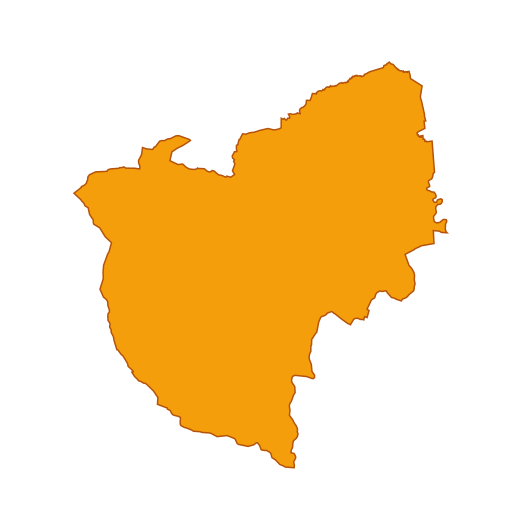 Ditrau, Harghita, Romania (orthographic projection), rotated 186°
{"feature_id": "2599482B10116484891151", "entity_name": "Ditrau", "entity_type": "district", "adm_level": 2, "iso_a3": "ROU", "parent_name": "Romania", "parent_adm1": "Harghita", "projection": "orthographic", "projection_center": [25.527, 46.847], "detail": "fine", "context": "isolated", "style": "filled", "palette": "amber", "viewbox_px": 512, "rotation_deg": 186, "n_neighbors": 0, "source": "geoboundaries", "source_scale": "gbopen_adm2", "svg_char_len": 6036}
<svg xmlns="http://www.w3.org/2000/svg" viewBox="0 0 512 512"><g transform="rotate(186 256 256)"><path d="M394.5,329.8L396.9,330.8L398.5,329.9L400.7,329.7L401.6,328.9L409.7,327.4L412.1,326.4L413.2,324.6L424.3,322.9L430.1,319.4L431.4,317.2L431.5,313.6L431.9,312.8L432.3,310.6L434.2,308.4L436.3,307.1L437.1,306.3L437.0,305.8L443.6,299.4L435.9,293.6L435.4,292.8L432.5,290.3L431.6,288.4L430.6,287.6L428.0,286.5L425.8,279.9L423.0,276.4L421.8,275.4L421.2,271.8L420.7,270.7L414.4,267.7L407.9,259.3L401.1,254.1L402.6,244.9L403.7,242.5L406.6,230.9L406.4,223.8L405.5,217.5L407.7,206.7L403.4,199.2L400.3,197.1L398.8,195.2L398.1,191.3L396.0,186.5L396.2,184.3L397.0,183.5L397.1,182.6L397.1,180.0L396.6,178.3L396.6,176.8L394.0,173.4L394.2,170.7L394.0,169.7L392.4,167.7L392.0,164.8L389.5,161.1L388.3,157.1L384.6,148.3L383.6,148.3L379.9,144.1L377.7,142.6L373.0,136.3L372.2,135.0L371.9,133.4L371.1,132.5L366.4,128.9L366.0,128.1L367.4,127.5L364.0,123.3L361.2,121.2L359.8,119.7L356.9,119.0L354.6,117.8L353.0,117.8L351.5,117.1L343.9,111.1L338.8,105.0L338.5,98.2L328.3,95.5L328.1,94.5L325.0,93.2L323.6,90.8L322.4,89.6L320.7,89.0L316.3,88.4L314.2,87.5L314.0,82.2L313.6,80.4L312.9,79.5L309.4,78.0L307.5,77.8L301.8,76.2L299.8,75.2L293.4,75.4L291.0,74.9L284.1,75.2L281.9,74.8L275.8,72.3L265.9,74.4L258.2,72.2L257.5,71.5L255.0,67.4L253.7,66.8L244.0,65.8L238.3,68.1L236.5,69.9L235.7,70.4L234.9,70.3L232.6,67.9L230.8,64.2L230.2,63.7L226.6,63.5L225.5,63.8L221.7,62.2L220.3,60.6L219.4,57.8L218.8,57.0L215.2,55.2L210.4,51.1L207.0,50.2L205.0,49.2L195.9,49.4L196.0,51.9L197.0,55.0L195.4,59.4L195.8,61.1L197.4,63.5L200.7,64.1L200.6,66.7L199.6,69.7L199.8,73.4L199.5,76.0L196.9,78.9L196.0,80.8L195.7,83.0L195.7,83.8L196.7,85.6L196.5,86.5L196.7,88.4L198.1,91.1L200.8,94.3L202.2,96.7L206.1,101.1L206.1,106.0L207.2,110.4L207.0,112.5L205.7,115.2L204.0,122.0L202.8,124.1L203.8,130.1L207.2,134.3L207.6,135.7L207.5,139.0L206.4,140.6L204.5,141.4L193.0,141.4L187.4,140.0L186.0,140.1L185.1,141.4L185.3,143.5L188.3,147.1L189.4,152.8L190.0,154.7L192.0,158.5L192.7,161.3L192.4,164.5L191.5,166.9L192.0,171.7L191.5,173.7L191.9,178.8L188.8,184.9L187.6,186.6L186.7,197.0L185.3,201.6L184.3,202.7L181.7,203.8L179.7,205.4L179.4,206.5L175.1,208.6L174.5,208.6L172.4,207.0L171.7,207.0L164.3,202.2L157.9,198.6L154.9,197.5L152.3,203.2L150.7,204.3L148.4,204.7L145.4,203.8L143.1,204.1L142.2,203.7L141.6,207.1L139.1,206.4L137.9,213.6L140.0,214.7L137.0,223.3L136.4,224.6L133.6,226.8L132.9,230.4L131.8,232.4L129.1,234.2L126.8,233.9L122.9,235.0L121.6,233.2L116.9,228.9L114.2,228.6L112.2,227.7L106.8,226.5L105.8,228.4L102.4,230.3L101.3,231.3L99.8,233.6L95.7,237.7L95.3,239.2L95.4,241.8L94.9,244.9L96.1,248.9L96.3,253.5L97.3,256.3L100.0,260.1L102.9,262.7L107.9,273.2L99.1,279.1L98.9,279.6L92.5,283.5L80.3,287.0L82.3,299.8L76.4,299.9L74.0,298.8L68.4,299.1L69.5,300.0L70.5,302.3L70.8,306.0L70.8,308.0L70.0,309.8L70.0,310.8L70.6,312.0L73.1,312.0L73.9,311.6L76.8,308.6L80.0,307.8L82.2,308.8L82.9,310.4L83.5,313.2L83.3,314.5L81.9,316.4L81.2,318.1L82.1,321.2L82.3,322.7L82.1,324.0L80.6,326.3L78.2,326.7L77.2,327.7L76.5,329.4L76.6,331.4L78.2,332.2L80.6,331.2L81.6,330.5L81.9,328.4L84.2,328.0L86.0,330.0L85.7,331.2L83.7,332.6L83.1,333.5L83.3,335.0L84.1,336.4L85.5,338.1L88.1,338.1L89.8,338.9L92.7,339.5L93.3,340.3L93.2,341.6L90.6,343.2L90.8,344.6L92.2,347.3L92.3,348.5L91.8,349.3L89.2,351.2L88.6,353.4L88.3,356.8L87.2,357.8L92.9,388.7L98.4,387.4L98.6,388.0L100.1,387.7L100.5,389.7L102.0,389.6L102.6,393.2L104.4,392.7L104.1,391.5L105.5,391.3L105.8,392.3L106.9,392.1L107.2,393.4L108.1,393.3L108.7,395.4L107.2,396.8L101.4,400.6L103.0,407.7L101.3,408.1L103.1,412.7L103.2,414.3L107.7,427.7L108.9,430.3L109.2,432.0L108.6,442.5L120.9,448.6L121.8,452.3L123.1,455.6L125.0,455.1L125.1,454.8L124.6,454.9L124.6,454.5L125.0,454.4L126.2,455.0L127.5,454.4L128.6,455.2L128.6,454.4L130.6,455.4L132.0,455.2L133.6,456.0L133.8,456.5L134.8,456.2L134.9,456.7L135.9,457.7L136.8,458.0L139.0,460.3L140.1,461.0L141.2,461.0L142.4,461.6L143.8,462.8L145.1,461.3L145.7,461.2L146.4,459.8L148.7,458.8L149.0,456.7L162.2,451.1L165.9,448.5L167.2,448.0L167.2,446.8L169.3,445.6L170.0,445.9L170.0,445.5L171.4,446.1L173.6,445.6L174.5,446.2L174.9,445.7L175.5,446.0L176.6,445.1L176.9,445.4L177.2,445.2L177.3,444.5L178.8,444.7L179.1,443.3L179.6,443.4L179.9,442.4L180.6,442.1L181.0,442.4L181.3,441.7L181.0,441.6L182.6,440.2L182.4,438.9L183.2,438.5L183.5,438.8L183.9,438.0L184.6,437.6L185.2,438.5L185.1,437.7L186.4,437.8L187.5,436.8L188.6,437.3L188.7,436.9L189.9,437.0L191.3,436.3L193.8,433.7L195.0,433.8L195.6,432.9L197.3,433.1L198.2,432.4L198.7,432.7L199.4,432.5L199.6,432.9L200.3,431.9L200.7,432.2L201.4,431.3L202.6,431.7L204.1,430.8L205.1,428.7L205.5,429.0L205.8,428.4L206.1,428.5L206.8,427.9L207.0,428.1L207.1,427.6L207.8,427.2L208.8,426.9L209.4,427.1L211.5,426.4L212.1,425.3L212.8,425.0L212.9,423.6L213.6,423.9L214.4,423.5L216.5,423.6L217.0,423.2L217.4,420.4L218.4,416.4L222.1,416.1L222.1,412.8L222.6,411.4L224.4,409.0L225.9,408.5L227.7,406.6L227.9,405.1L227.0,402.1L229.7,402.6L229.6,402.2L232.7,401.0L234.9,400.6L236.5,401.1L238.6,400.5L237.2,398.3L236.9,396.7L238.9,396.3L239.7,394.6L240.3,394.2L242.3,395.8L243.2,394.8L245.3,395.6L244.4,386.1L246.4,384.8L250.1,383.5L251.5,383.3L257.6,384.0L265.1,381.4L270.5,379.0L275.6,377.8L278.7,376.1L282.1,376.1L284.4,370.2L285.0,370.0L285.6,366.3L285.5,365.0L287.0,364.0L286.7,360.8L286.0,357.9L288.3,357.4L290.1,352.9L289.5,350.9L287.5,349.6L288.2,347.9L286.6,345.3L288.3,338.3L285.8,334.8L289.4,331.7L293.4,332.4L294.0,331.4L294.5,331.3L298.5,332.6L301.7,332.8L306.9,336.3L308.7,336.4L309.7,335.1L311.5,334.7L313.9,335.5L316.5,337.4L323.2,337.0L323.5,337.3L324.2,336.2L327.4,335.5L331.6,335.6L334.8,337.0L338.6,339.8L343.1,338.8L351.6,341.8L350.5,350.8L345.4,355.1L340.1,358.4L333.3,364.0L334.3,364.9L345.3,367.6L348.2,367.1L353.6,363.7L355.8,363.3L359.3,361.1L361.9,360.9L363.8,360.2L367.5,354.0L368.5,353.8L370.0,351.1L376.2,351.1L380.2,352.0L380.3,346.9L380.6,344.2L382.8,338.9L382.5,336.4L380.7,332.8L380.9,330.4L385.7,330.6L394.5,329.8Z" fill="#f59e0b" stroke="#b45309" stroke-width="1.5"/></g></svg>